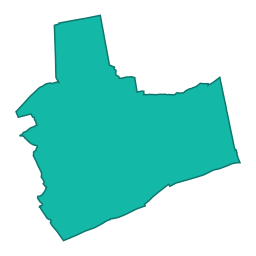 Prundu, Giurgiu, Romania (Mercator projection)
{"feature_id": "2599482B89662234668465", "entity_name": "Prundu", "entity_type": "district", "adm_level": 2, "iso_a3": "ROU", "parent_name": "Romania", "parent_adm1": "Giurgiu", "projection": "mercator", "projection_center": [26.231, 44.069], "detail": "fine", "context": "isolated", "style": "filled", "palette": "teal", "viewbox_px": 256, "rotation_deg": 0, "n_neighbors": 0, "source": "geoboundaries", "source_scale": "gbopen_adm2", "svg_char_len": 5424}
<svg xmlns="http://www.w3.org/2000/svg" viewBox="0 0 256 256"><path d="M63.5,240.6L65.7,239.7L78.0,234.5L84.6,231.3L94.6,227.7L102.4,223.5L107.1,220.6L109.0,219.9L110.2,219.6L110.2,219.0L113.5,218.5L114.9,218.2L118.7,217.3L126.5,214.0L136.2,209.1L143.7,206.4L145.1,206.0L144.6,204.3L145.2,203.8L148.5,201.1L153.3,196.4L158.0,192.5L160.7,190.4L168.5,184.3L169.9,186.3L174.3,184.0L174.4,183.9L176.1,183.0L186.5,180.1L197.7,176.8L203.6,174.9L203.9,174.8L213.6,170.0L219.5,168.7L228.6,165.2L229.4,164.8L231.7,163.8L233.9,163.3L235.9,162.8L240.0,162.7L238.2,158.4L236.6,153.2L237.0,153.0L236.1,150.0L235.5,150.3L235.3,150.3L235.2,150.0L234.6,148.2L234.4,147.8L234.3,147.3L233.8,145.1L233.2,141.9L231.9,135.7L230.6,129.6L229.3,123.2L227.0,112.0L226.7,111.4L226.5,110.6L226.4,109.0L225.6,104.8L224.3,99.1L223.4,94.7L222.4,90.0L221.7,86.3L220.9,82.7L220.5,81.0L219.9,77.7L220.0,77.5L219.8,77.3L219.3,77.7L212.9,82.6L208.1,85.3L208.2,83.8L208.2,83.7L204.2,83.7L203.6,83.7L201.8,83.5L201.4,83.5L200.9,83.3L200.5,83.4L200.0,83.5L199.9,83.7L199.1,84.4L198.4,84.9L198.0,85.1L197.0,85.9L196.3,86.5L195.4,86.9L194.8,87.1L193.3,87.6L192.6,87.9L191.4,88.5L191.0,88.6L190.5,88.7L190.2,88.8L188.8,89.1L188.6,89.3L187.4,89.9L187.0,90.1L185.1,91.3L184.9,91.5L184.2,92.2L183.7,92.7L183.4,92.8L182.5,92.9L181.7,92.9L180.2,93.2L179.7,93.4L179.4,93.3L178.4,92.9L178.1,92.8L177.9,92.8L177.6,92.8L176.9,92.9L176.4,93.0L176.0,93.4L175.5,94.3L175.2,94.3L174.8,94.5L174.4,94.7L174.1,94.8L173.8,94.8L172.9,94.8L172.5,94.8L170.6,94.7L169.7,94.6L169.0,94.5L168.6,94.5L168.2,94.6L167.1,94.7L166.5,94.7L166.3,94.6L165.9,94.4L165.6,94.3L165.3,94.3L165.0,94.2L164.7,94.2L163.9,94.3L163.4,94.4L162.6,94.4L162.1,94.3L161.2,94.3L160.4,94.3L159.9,94.3L159.5,94.4L159.0,94.4L157.8,94.4L157.4,94.5L157.0,94.7L156.6,94.8L155.9,94.9L155.7,94.8L155.1,94.6L154.9,94.6L154.5,94.6L154.0,94.7L153.2,94.6L152.4,94.5L150.6,94.5L149.8,94.4L149.4,94.3L148.1,94.6L147.7,94.6L147.2,94.6L146.4,94.7L145.9,94.7L145.6,94.6L145.2,94.5L144.7,94.5L144.4,94.7L144.1,94.7L143.8,94.7L143.8,91.2L143.7,91.2L142.2,91.1L141.4,91.2L141.2,91.3L137.9,91.8L137.5,91.9L137.1,92.0L136.9,91.0L136.2,86.8L136.1,86.0L135.4,81.9L135.1,80.2L134.8,77.7L134.0,77.6L133.7,77.4L132.5,77.0L131.6,76.8L130.8,76.7L129.7,76.9L128.9,77.0L126.9,77.0L126.6,77.1L126.1,77.1L124.9,77.4L122.2,78.1L121.7,78.2L120.9,78.3L120.1,78.2L119.2,78.3L119.0,77.0L118.9,76.8L118.8,76.6L118.4,76.3L116.9,75.6L116.2,75.3L116.1,75.2L115.9,75.1L115.8,74.9L115.7,74.7L116.0,70.4L115.4,69.9L114.2,69.4L114.2,68.4L114.4,67.8L114.5,67.3L114.2,66.9L113.8,66.7L112.5,66.5L111.1,65.6L109.5,65.3L107.7,55.7L107.6,55.2L107.5,54.3L104.9,40.8L104.6,39.2L102.4,26.8L102.1,25.7L100.3,15.4L94.5,16.5L85.6,18.3L82.6,18.8L79.7,19.3L72.4,20.6L65.9,21.8L59.0,23.1L59.0,24.0L56.9,24.6L54.4,25.3L54.4,26.2L55.0,42.5L55.2,47.9L55.2,50.4L55.4,54.3L55.4,55.1L55.5,57.1L55.6,60.9L55.7,68.2L55.8,72.1L56.0,77.6L57.5,80.2L58.1,81.2L58.7,82.4L58.9,82.6L58.8,82.8L57.9,82.2L57.5,82.1L57.1,82.1L56.7,82.1L55.4,82.5L52.9,83.3L52.5,83.4L52.2,83.5L51.9,83.4L50.8,83.1L50.6,83.0L50.4,83.0L50.1,83.0L49.6,83.1L46.0,83.9L45.6,84.1L43.8,85.4L42.3,86.3L40.2,87.3L39.6,87.6L39.2,87.9L37.4,89.5L36.9,90.1L36.2,90.7L32.6,94.1L32.0,94.6L29.9,96.6L27.0,99.8L25.6,101.4L19.1,108.4L18.1,109.6L16.0,111.7L16.8,113.6L18.3,117.2L22.6,116.1L30.9,114.0L32.8,117.1L33.2,117.2L33.7,117.2L34.1,117.2L34.4,119.1L34.7,119.9L35.2,120.8L35.6,121.1L35.7,121.4L35.8,121.7L35.9,121.8L36.0,123.0L36.1,123.4L36.3,123.8L37.0,125.0L35.8,125.5L35.7,125.6L34.1,126.6L31.2,127.6L29.5,128.6L27.8,130.1L27.6,130.2L27.2,130.5L27.0,130.8L25.9,131.5L25.6,131.6L25.1,131.8L24.5,132.0L23.9,132.2L23.5,132.4L23.2,132.7L22.9,133.3L22.6,133.7L22.4,134.1L22.2,134.4L21.7,134.6L21.1,134.9L20.4,135.1L20.0,135.7L20.3,135.8L20.8,135.9L22.1,135.9L22.5,136.0L23.1,136.1L23.6,136.4L23.9,136.5L24.2,137.1L24.6,137.5L24.8,137.8L25.0,138.2L25.1,138.3L25.5,138.4L27.8,140.8L28.7,141.7L29.7,142.5L31.4,143.8L32.7,144.5L33.7,144.9L34.4,145.1L35.4,145.3L36.7,145.5L37.1,145.6L37.6,145.8L37.4,145.8L37.1,146.9L36.8,147.6L36.5,148.0L35.9,150.2L35.8,150.4L34.0,151.6L33.6,152.1L33.5,152.4L33.5,152.5L33.5,152.8L33.7,153.5L33.3,155.6L36.7,162.5L36.8,162.9L36.8,163.0L37.6,164.8L41.0,171.6L41.0,171.9L41.0,172.0L41.3,172.5L41.5,172.7L41.5,173.4L41.6,173.9L41.6,174.5L41.5,175.5L41.3,176.2L41.3,176.6L41.3,176.9L41.3,177.2L41.4,177.4L41.5,177.7L41.7,177.9L41.9,178.1L42.5,178.5L42.7,178.8L43.3,180.2L43.8,181.1L43.9,181.4L44.0,181.4L44.2,181.8L44.2,182.1L44.1,182.5L43.9,182.8L43.7,183.0L43.4,183.6L43.2,183.7L43.3,184.0L43.7,184.5L45.6,186.6L45.9,186.5L46.1,186.6L46.3,186.7L46.5,186.8L46.6,187.0L46.6,187.3L46.3,187.7L46.2,187.7L46.2,187.9L45.9,188.4L45.5,189.7L45.2,190.3L44.3,191.9L43.9,192.4L42.8,193.9L42.1,194.7L40.7,195.7L40.4,195.8L40.0,196.0L39.7,196.1L38.7,196.2L38.2,196.3L37.8,196.5L37.7,196.6L37.6,196.8L37.6,197.0L37.6,198.1L37.7,198.3L37.8,198.4L38.8,199.9L39.4,200.8L40.0,201.8L40.6,202.4L40.9,202.6L41.9,203.4L42.1,203.7L42.3,204.0L42.4,204.4L42.4,204.7L42.3,205.0L42.1,205.2L42.0,205.4L41.8,205.5L41.6,205.6L40.7,205.8L40.2,206.0L39.8,206.1L39.6,206.2L39.5,206.3L39.6,206.5L39.4,206.9L39.4,207.0L39.5,207.1L39.6,207.3L40.0,207.3L40.4,207.3L40.6,207.3L40.8,207.6L40.9,207.8L40.8,208.0L40.6,208.4L40.7,208.6L47.3,218.5L48.1,218.8L49.6,219.7L50.0,219.8L50.5,219.8L50.8,219.9L51.1,220.2L50.9,221.3L50.7,222.3L50.4,222.7L52.2,225.7L57.2,231.6L63.5,240.6Z" fill="#14b8a6" stroke="#0f766e" stroke-width="1.5"/></svg>